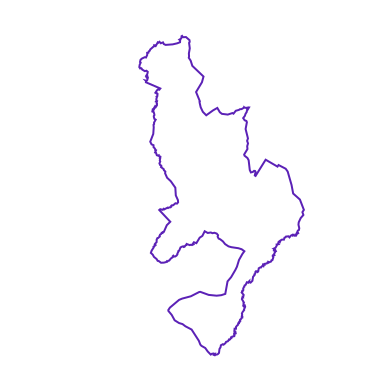 Sai Mun, Yasothon, Thailand (Equal Earth projection), rotated 211°
{"feature_id": "78962969B82059554981356", "entity_name": "Sai Mun", "entity_type": "district", "adm_level": 2, "iso_a3": "THA", "parent_name": "Thailand", "parent_adm1": "Yasothon", "projection": "equal_earth", "projection_center": [104.191, 15.992], "detail": "fine", "context": "isolated", "style": "outline", "palette": "violet", "viewbox_px": 384, "rotation_deg": 211, "n_neighbors": 0, "source": "geoboundaries", "source_scale": "gbopen_adm2", "svg_char_len": 5936}
<svg xmlns="http://www.w3.org/2000/svg" viewBox="0 0 384 384"><g transform="rotate(211 192 192)"><path d="M92.2,62.3L91.6,63.6L90.4,64.6L89.9,64.2L89.4,64.7L89.4,63.6L88.3,63.8L87.9,65.0L87.0,65.4L86.3,66.5L86.0,68.0L87.6,71.6L87.6,73.7L88.3,75.5L87.2,77.4L86.3,77.4L85.5,79.7L85.6,81.1L84.4,82.5L84.3,84.5L83.9,84.4L83.4,85.5L83.6,87.5L83.0,87.5L83.1,88.7L81.5,90.2L81.9,91.4L82.3,91.3L82.7,91.9L82.1,91.9L82.5,93.2L81.9,93.5L82.8,94.5L83.2,94.0L84.0,94.4L85.1,96.8L83.9,97.5L84.8,99.0L84.6,100.7L84.2,101.5L84.6,102.6L84.1,103.6L84.5,104.0L84.3,104.9L84.7,104.7L84.6,107.1L85.0,107.4L84.5,108.7L84.7,109.8L84.2,110.3L84.7,111.2L85.3,111.1L85.9,112.8L86.7,113.6L86.8,115.4L86.5,117.6L86.9,117.9L87.3,121.0L88.4,122.0L89.0,121.4L88.8,120.6L89.2,120.7L89.3,120.2L90.1,122.8L90.7,123.3L90.6,124.0L94.1,125.9L94.5,127.4L93.9,127.8L94.6,128.5L94.2,128.8L94.7,130.4L97.6,131.4L97.4,132.4L97.9,132.6L98.0,133.2L97.6,133.4L97.5,134.4L98.4,135.6L98.6,137.7L98.4,137.9L98.8,139.0L98.2,140.1L98.5,142.9L97.4,143.2L97.0,145.0L96.5,143.9L96.1,144.5L95.1,144.5L94.5,147.0L96.0,150.8L95.6,153.0L96.1,153.5L95.8,154.0L95.9,154.9L96.5,156.2L96.3,157.1L95.4,157.1L95.1,157.7L94.6,157.3L94.3,157.9L95.5,161.0L94.6,162.6L94.0,162.8L93.8,164.4L93.3,165.3L93.5,165.8L92.6,165.5L92.9,166.9L92.4,167.1L92.9,167.7L91.0,169.3L91.0,170.3L90.4,170.5L90.7,171.4L89.6,171.5L88.4,173.2L88.7,174.4L88.0,175.0L88.6,177.8L89.6,178.5L89.0,179.9L89.9,179.8L89.5,181.2L89.8,181.7L89.8,183.6L90.2,184.0L89.7,184.5L90.3,184.9L90.4,184.3L91.3,184.1L91.3,184.9L92.0,184.7L92.2,185.9L92.6,185.8L91.7,187.3L91.8,190.0L92.4,190.6L91.0,191.8L91.6,192.0L92.1,193.8L91.7,194.8L90.9,194.4L91.1,196.2L90.4,197.5L88.7,198.5L89.2,200.5L88.5,201.3L88.5,202.2L86.5,203.7L85.1,203.3L84.8,205.5L83.9,207.0L83.2,206.6L82.7,207.8L81.7,207.3L80.3,208.2L80.4,209.0L81.0,209.2L81.1,211.0L80.4,210.2L79.8,211.4L81.2,212.2L81.4,213.4L80.8,214.6L81.4,216.2L83.9,218.8L84.9,221.0L85.4,225.6L84.7,229.7L87.0,231.6L86.9,234.3L95.6,241.1L104.5,242.8L110.3,249.3L120.5,258.8L123.7,260.2L131.7,259.7L131.8,257.8L145.5,257.6L145.8,238.5L146.7,238.5L147.9,242.0L148.8,242.5L149.7,242.1L150.2,240.5L151.6,239.1L153.8,240.6L159.8,248.4L162.0,249.7L165.7,250.2L166.6,251.0L166.6,257.4L168.3,259.7L169.0,262.5L171.1,264.2L171.6,266.7L178.5,273.6L180.9,280.1L182.0,280.9L183.8,280.6L186.2,281.7L185.9,284.5L186.4,286.6L186.3,288.7L186.7,289.5L186.7,293.8L187.5,293.4L188.1,291.8L188.7,292.2L190.4,291.3L191.1,291.5L191.0,290.8L192.2,288.6L193.6,287.6L194.1,286.5L196.3,284.2L196.8,280.5L198.0,280.5L201.2,276.8L206.6,274.4L209.2,274.7L213.6,277.1L216.0,272.8L219.3,265.1L224.0,266.3L228.2,269.1L231.2,272.2L232.1,273.3L232.0,273.8L240.0,279.8L240.0,291.2L241.6,296.9L256.7,300.3L260.8,303.9L263.9,305.4L264.4,306.8L266.0,309.1L267.9,314.0L271.3,318.3L271.3,319.5L272.4,320.9L277.0,321.7L279.5,320.0L280.9,320.7L281.2,320.1L280.7,319.4L280.4,317.8L281.3,316.1L280.3,316.0L279.4,314.2L281.3,311.8L284.6,308.6L290.4,304.5L292.4,304.3L293.9,305.3L295.4,303.4L297.3,304.0L297.8,302.5L298.4,302.6L298.3,298.2L299.0,297.8L298.6,298.6L298.9,299.0L300.0,298.3L299.6,297.8L301.2,292.7L301.0,291.2L301.5,290.2L301.1,288.9L302.1,288.2L301.0,286.5L300.7,283.6L301.8,283.3L302.6,282.2L303.7,280.5L304.2,278.8L303.5,276.6L302.6,276.4L302.4,274.2L301.5,271.9L300.1,271.2L299.6,271.9L298.8,271.9L297.8,271.3L294.7,271.3L293.5,272.5L291.8,272.2L291.1,270.3L291.1,267.6L290.7,267.5L290.3,268.7L289.8,268.3L289.9,266.8L289.3,266.6L289.1,267.5L288.7,267.3L288.0,264.8L288.2,263.9L289.2,263.6L288.5,263.4L288.0,262.3L272.5,264.4L272.7,262.8L273.9,262.4L274.4,261.2L274.5,258.2L273.7,258.2L273.7,258.8L272.1,258.4L271.1,256.3L271.5,255.5L270.9,255.1L270.4,253.2L269.5,252.3L269.5,251.3L268.7,251.7L268.3,250.1L267.5,249.7L266.7,248.2L266.8,246.2L267.8,246.6L267.8,244.1L267.3,244.0L267.4,242.9L268.2,242.6L267.8,241.5L267.2,241.9L267.2,240.6L266.0,240.8L264.3,239.2L263.8,238.5L263.9,237.6L263.5,236.8L261.9,235.3L260.4,235.3L260.3,232.0L259.5,230.7L259.6,229.8L258.1,227.7L255.1,221.8L253.7,213.6L251.2,212.0L249.1,212.3L247.9,210.5L246.9,210.4L245.3,209.6L245.2,209.1L244.3,209.2L244.0,206.9L243.1,207.1L241.1,205.4L240.1,205.6L239.5,206.3L239.2,205.8L237.4,206.0L237.2,204.7L236.7,204.8L235.9,202.5L234.9,201.7L234.7,199.8L233.2,198.7L232.0,198.8L231.5,198.4L231.4,197.4L228.0,197.0L227.3,196.2L225.4,195.8L224.7,194.2L220.7,191.4L215.7,190.3L208.5,187.1L204.1,180.7L199.9,177.8L198.6,176.0L198.9,174.3L200.4,173.8L201.3,171.0L202.5,170.1L202.7,169.4L202.2,168.8L202.5,167.8L203.5,167.2L204.3,165.9L204.9,166.0L206.9,162.7L207.6,163.0L208.1,161.6L210.4,160.9L210.8,159.7L195.3,155.3L196.5,150.6L195.6,143.3L196.4,142.6L196.1,141.7L197.0,141.3L196.8,140.3L197.4,139.0L197.2,137.5L196.7,137.2L197.4,135.0L197.9,134.7L197.8,133.1L196.5,130.7L197.0,128.8L196.1,127.9L196.8,127.5L196.2,126.5L196.8,125.3L196.3,124.8L196.4,121.0L195.9,118.6L193.4,118.1L191.2,116.8L187.8,116.3L186.0,115.3L185.1,115.7L182.1,115.4L179.7,117.0L178.1,118.6L177.9,119.7L177.3,119.6L176.9,120.9L176.2,121.5L175.9,124.0L174.9,126.3L175.4,127.0L175.2,127.8L174.2,127.5L173.3,127.9L172.5,129.5L172.4,131.1L172.8,131.6L172.9,133.5L173.3,134.2L172.8,135.1L173.3,138.6L172.2,140.3L171.2,141.1L170.7,140.7L170.2,141.2L170.0,143.2L169.5,143.6L169.8,144.7L166.6,145.3L165.6,146.4L164.7,146.5L163.7,148.0L164.6,148.4L164.5,149.9L161.9,150.4L161.9,156.8L160.5,159.7L160.9,164.9L157.4,165.0L155.0,167.0L153.3,167.2L151.8,168.6L149.4,169.1L147.4,168.4L147.0,166.9L145.2,165.8L143.4,166.0L140.1,165.6L136.8,164.4L132.7,164.2L129.8,165.0L123.3,167.7L120.0,168.5L116.6,168.2L116.9,164.9L116.7,157.9L115.0,151.1L114.7,147.6L114.6,139.1L115.5,133.7L111.0,121.8L113.8,118.6L117.5,115.8L124.7,112.4L133.4,110.7L134.3,110.0L139.3,102.0L145.5,95.6L147.5,92.9L151.4,81.5L151.5,78.6L151.0,77.9L146.1,76.2L140.8,73.1L135.6,73.0L132.1,73.9L128.5,73.5L121.5,73.9L109.5,68.0L106.3,65.5L104.7,65.0L100.3,65.1L96.4,63.4L92.2,62.3Z" fill="none" stroke="#5b21b6" stroke-width="2"/></g></svg>